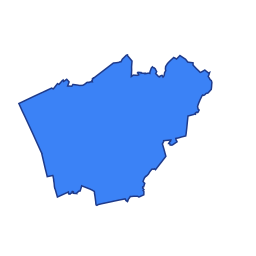 Viļķenes pag., Limbaži, Latvia (Mercator projection), rotated 341°
{"feature_id": "27541924B29394265870822", "entity_name": "Viļķenes pag.", "entity_type": "district", "adm_level": 2, "iso_a3": "LVA", "parent_name": "Latvia", "parent_adm1": "Limbaži", "projection": "mercator", "projection_center": [24.629, 57.605], "detail": "fine", "context": "isolated", "style": "filled", "palette": "blue", "viewbox_px": 256, "rotation_deg": 341, "n_neighbors": 0, "source": "geoboundaries", "source_scale": "gbopen_adm2", "svg_char_len": 4951}
<svg xmlns="http://www.w3.org/2000/svg" viewBox="0 0 256 256"><g transform="rotate(341 128 128)"><path d="M135.3,61.8L114.9,68.6L112.5,69.4L112.0,69.6L111.9,69.5L111.8,69.4L111.6,69.5L111.5,69.4L111.4,69.5L111.3,69.8L111.1,69.9L110.9,69.8L110.7,69.8L110.7,70.0L110.4,70.2L110.3,70.3L110.2,70.3L110.2,70.5L110.0,70.9L110.0,71.0L109.8,71.3L109.7,71.3L109.4,71.5L109.5,71.7L109.5,71.8L109.4,71.8L109.3,72.0L109.2,72.1L109.2,72.3L109.1,72.2L108.8,72.1L108.7,72.0L108.5,72.3L108.3,72.4L108.1,72.4L107.7,72.2L107.4,72.2L107.2,72.1L106.9,72.1L106.7,72.3L106.4,72.3L106.2,72.1L105.8,72.2L105.6,72.2L105.4,71.9L105.2,71.8L105.1,71.7L103.7,71.6L103.7,71.8L100.1,72.8L99.0,72.9L96.3,72.1L96.0,72.0L94.1,70.9L90.1,68.9L88.4,70.2L84.6,68.6L87.2,65.4L87.3,65.2L86.4,63.1L85.9,62.0L84.0,62.6L82.3,63.0L82.3,61.5L81.1,61.9L76.9,64.3L75.8,63.1L70.3,66.6L70.0,66.7L68.8,65.4L48.6,67.5L32.8,69.3L33.5,77.2L34.4,84.9L34.4,85.1L36.1,101.6L37.2,113.4L38.0,121.7L38.3,124.3L38.1,124.4L37.7,128.3L36.5,139.8L36.2,143.7L35.8,147.7L41.4,148.4L41.4,149.6L41.3,150.1L41.2,150.6L41.1,151.4L41.0,152.4L40.8,152.8L40.6,153.6L40.3,155.5L40.2,156.0L39.8,157.7L39.6,158.4L39.4,159.2L39.2,160.4L39.2,160.6L39.1,161.3L39.2,161.9L39.2,162.7L38.8,170.3L50.7,169.1L50.6,169.5L50.5,169.9L50.5,170.1L50.6,171.2L51.8,171.6L52.0,171.2L54.3,171.1L54.2,170.7L54.5,169.9L55.1,170.0L55.5,170.6L55.4,170.7L55.2,172.0L58.1,173.3L58.1,173.2L58.2,172.9L61.0,171.7L62.2,172.0L64.7,168.6L65.2,168.0L65.4,167.6L65.5,167.7L66.6,168.6L72.2,173.4L74.1,175.3L74.4,175.7L75.5,177.0L75.3,178.2L75.2,178.4L75.0,179.0L74.8,180.5L74.5,182.1L73.5,187.0L72.9,189.5L72.8,190.3L72.9,190.5L73.4,191.0L74.9,190.7L78.2,191.0L80.6,191.3L89.4,192.4L90.5,192.5L96.0,193.2L98.1,193.5L98.8,193.6L99.4,193.7L102.1,194.0L102.3,194.2L102.3,194.4L102.3,194.6L102.2,194.8L102.3,194.9L102.3,195.0L102.4,195.3L102.4,195.8L102.5,196.0L102.7,196.3L103.1,196.4L103.3,196.3L103.5,196.4L103.6,196.5L103.4,196.6L103.2,196.7L103.2,197.0L103.5,197.4L103.7,197.2L103.8,197.2L104.1,196.9L104.8,195.9L105.0,195.8L105.2,195.5L105.4,195.3L105.9,195.0L106.6,194.5L107.3,194.1L107.8,193.5L108.5,193.7L109.0,193.9L110.8,194.3L111.8,194.6L112.9,195.0L114.9,195.7L115.8,196.8L116.4,196.8L121.2,196.3L122.3,193.4L121.9,192.0L123.0,191.5L122.3,189.5L122.7,188.5L123.6,188.7L125.8,185.8L125.7,185.7L125.4,185.1L124.8,183.4L126.4,181.5L127.7,180.1L127.9,180.2L129.4,179.3L129.7,179.5L132.3,178.2L134.3,176.5L135.7,175.6L137.3,174.7L138.9,175.3L139.7,175.2L140.4,176.4L154.6,167.1L155.1,159.3L155.3,155.5L155.3,155.4L155.3,154.3L157.7,152.0L157.7,151.6L164.6,153.3L163.7,154.6L162.9,154.6L161.4,155.9L162.2,156.3L162.3,156.4L162.4,156.5L162.3,157.8L163.6,158.4L164.4,158.5L165.3,158.3L168.4,157.4L169.9,157.0L169.9,156.5L169.8,156.3L169.8,156.2L169.8,155.9L169.7,155.5L169.6,155.4L169.5,155.1L169.6,154.7L169.7,154.1L169.8,153.7L169.8,153.4L172.4,153.8L175.8,153.9L180.0,154.3L180.9,152.7L183.2,147.9L188.6,136.2L194.6,136.6L195.3,136.5L196.1,136.8L196.1,136.6L196.4,136.4L196.4,136.5L196.7,136.3L196.8,136.2L196.7,136.0L196.8,136.0L197.0,135.8L197.1,135.7L197.3,135.5L197.8,135.4L198.2,135.4L198.3,135.5L198.5,135.6L198.7,136.0L198.8,136.0L199.1,136.0L199.3,135.9L201.0,134.3L201.0,133.8L201.0,133.7L200.5,133.1L200.4,133.0L200.8,130.2L202.9,127.5L204.8,125.4L205.3,124.8L207.1,123.0L208.1,122.0L209.2,121.1L209.4,121.2L209.8,121.7L211.0,121.7L211.3,121.6L212.0,121.3L212.7,120.9L213.1,120.8L213.3,120.7L214.1,120.9L214.7,120.9L215.0,120.9L215.3,120.8L219.1,118.7L219.3,118.6L220.4,116.3L221.4,113.9L222.0,112.6L222.1,112.3L222.2,111.2L222.2,110.7L222.2,110.3L222.1,110.2L221.3,108.8L221.3,108.7L221.1,107.2L220.6,105.5L220.6,105.3L220.7,105.1L221.7,104.2L223.2,102.1L222.1,102.3L221.3,101.1L219.5,98.2L215.3,99.0L214.4,99.0L214.1,98.4L213.3,96.7L212.4,95.0L211.9,94.0L211.1,92.2L210.0,89.8L210.7,87.5L206.0,85.2L204.8,81.7L200.7,76.4L196.4,78.6L195.2,77.2L195.1,77.3L194.2,76.2L192.2,77.1L191.4,77.4L190.1,78.0L187.6,79.2L186.2,80.0L183.6,82.1L182.6,84.3L182.3,86.1L182.2,86.2L180.6,87.6L179.8,89.2L179.1,90.3L177.7,91.2L177.4,89.6L177.3,89.3L177.2,89.3L176.0,89.3L175.4,89.4L174.6,89.9L174.4,89.5L173.9,89.5L173.7,89.4L173.1,88.2L173.0,87.8L172.4,86.7L171.9,85.5L172.5,85.0L173.5,84.0L173.3,83.0L173.1,82.1L173.1,81.1L173.0,80.9L172.4,79.8L172.3,79.6L171.7,79.4L171.0,78.1L169.8,78.8L169.6,78.9L169.1,79.5L168.9,79.8L167.1,82.0L166.4,83.5L165.6,82.9L164.6,82.7L163.4,82.5L162.6,82.4L162.4,82.4L162.1,82.0L162.0,81.7L161.5,82.0L161.3,81.7L160.4,81.3L159.2,80.8L159.1,80.7L158.8,80.5L158.7,80.3L158.3,80.4L158.4,79.8L155.6,78.6L155.2,78.7L155.0,78.8L154.9,79.0L155.1,79.3L155.5,79.6L155.6,79.8L155.6,80.1L155.4,80.5L155.5,81.0L155.4,81.3L155.2,81.3L154.9,81.3L154.4,81.2L153.8,81.2L153.7,81.2L153.4,81.0L150.2,79.7L149.3,80.0L147.9,80.4L150.2,74.7L151.3,71.3L152.9,67.6L153.6,66.0L151.0,59.1L151.2,58.7L150.2,58.6L145.0,61.1L142.9,63.1L142.7,63.1L141.9,62.8L140.9,63.0L138.2,62.5L135.3,61.8Z" fill="#3b82f6" stroke="#1e3a8a" stroke-width="1.5"/></g></svg>